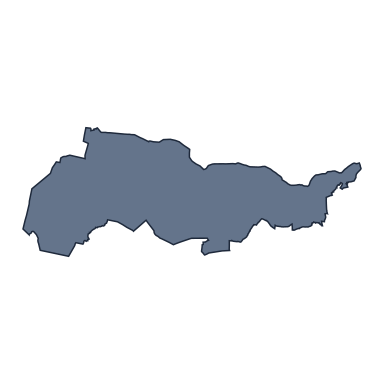 outline of Pischia, Timis, Romania
{"feature_id": "2599482B13356223768188", "entity_name": "Pischia", "entity_type": "district", "adm_level": 2, "iso_a3": "ROU", "parent_name": "Romania", "parent_adm1": "Timis", "projection": "equal_earth", "projection_center": [21.424, 45.908], "detail": "fine", "context": "isolated", "style": "filled", "palette": "slate", "viewbox_px": 384, "rotation_deg": 0, "n_neighbors": 0, "source": "geoboundaries", "source_scale": "gbopen_adm2", "svg_char_len": 5928}
<svg xmlns="http://www.w3.org/2000/svg" viewBox="0 0 384 384"><path d="M311.7,225.4L311.9,224.7L311.7,224.3L312.1,223.9L311.9,223.4L312.0,223.0L312.4,222.8L312.7,222.9L313.7,222.6L313.8,222.5L313.8,222.1L314.3,222.3L315.2,222.4L315.3,222.6L315.3,222.9L315.6,223.1L316.7,222.5L317.4,222.6L317.7,222.8L318.1,222.8L318.8,222.7L318.7,223.1L319.7,223.5L319.9,224.1L320.4,224.2L320.3,224.5L320.5,224.7L321.0,224.7L321.3,225.0L321.8,225.2L321.9,225.8L322.5,225.8L321.9,223.5L321.6,221.3L324.4,221.7L324.5,220.7L324.7,219.8L325.2,219.0L325.5,218.0L325.7,217.3L325.6,216.3L325.3,215.2L325.1,213.8L327.2,213.5L327.4,213.6L326.9,211.7L326.8,210.3L326.6,209.7L326.3,203.2L326.3,202.2L326.2,200.9L326.3,198.4L326.2,197.4L330.9,195.4L331.5,195.5L332.2,195.2L331.9,194.7L332.0,194.2L331.5,193.4L331.4,192.9L332.1,192.4L332.3,192.6L332.8,192.0L333.3,192.0L333.1,191.6L333.2,191.2L333.9,191.1L334.3,190.2L334.7,190.0L335.7,189.0L336.3,187.7L336.8,187.7L336.5,187.2L337.2,186.1L337.2,185.8L338.4,184.9L339.0,185.2L339.3,185.1L339.3,184.9L338.9,184.7L339.9,184.4L339.9,184.0L340.3,183.7L340.3,183.3L340.8,182.6L341.8,183.1L342.4,183.7L342.4,183.9L341.6,185.9L340.2,187.9L342.2,189.2L342.5,189.0L342.8,188.5L343.4,188.0L347.8,187.1L347.6,186.3L346.8,184.6L347.4,184.1L347.3,183.7L346.3,183.6L346.9,183.0L346.8,182.5L348.2,182.5L348.3,182.0L351.0,181.8L354.1,180.9L355.6,178.1L355.9,177.7L355.9,176.1L356.1,175.1L356.5,173.9L357.9,172.2L360.4,169.7L360.9,168.9L361.0,168.5L360.3,166.3L360.2,165.4L359.3,163.0L356.9,163.7L355.9,163.6L355.0,163.3L354.1,163.1L352.6,163.7L348.4,166.5L346.3,168.3L345.0,169.2L343.7,170.5L342.9,171.5L341.5,172.8L339.3,172.9L338.1,172.3L334.9,171.0L332.7,171.1L331.1,171.5L328.0,171.7L327.5,171.9L326.0,173.4L325.3,173.7L322.2,173.8L318.1,174.8L316.5,174.9L315.9,175.0L314.5,176.0L312.1,178.6L310.9,180.6L310.5,181.1L309.2,184.9L308.5,185.7L307.5,186.4L306.6,186.1L304.5,186.0L303.1,185.6L301.9,184.8L300.8,185.1L299.9,184.6L299.6,184.6L297.8,184.8L296.4,185.1L293.9,185.3L291.1,185.3L289.6,184.8L289.2,184.5L288.0,183.9L286.3,182.4L284.6,181.4L283.5,180.6L282.3,180.0L282.0,179.6L282.0,179.1L281.9,178.3L280.9,176.8L280.0,176.1L277.9,174.7L275.7,172.8L273.1,171.2L270.5,169.1L265.0,166.4L262.7,166.5L260.8,166.9L258.3,167.1L250.1,166.8L248.6,166.4L246.1,165.3L244.2,165.0L241.4,164.1L240.7,163.7L239.4,163.4L238.7,163.0L237.6,163.0L235.5,163.9L232.8,163.6L225.6,163.9L223.2,163.8L214.1,163.9L212.4,164.1L208.5,165.5L208.0,166.0L206.6,168.1L206.0,168.7L204.8,169.2L203.8,169.5L203.6,169.5L202.7,168.4L202.5,168.5L202.0,167.9L200.1,166.0L196.1,164.0L192.7,161.6L191.7,160.7L189.4,157.2L189.4,153.0L189.7,149.5L189.6,149.3L183.8,145.4L180.2,142.6L179.2,141.8L175.3,140.4L170.3,139.3L163.4,139.6L159.2,142.2L153.5,141.8L150.0,141.0L148.9,141.2L148.7,141.7L142.7,138.7L139.9,137.5L134.9,134.9L134.1,134.7L131.2,134.6L129.7,134.3L127.7,134.3L124.5,134.1L110.4,132.8L107.3,132.7L105.6,132.4L101.4,132.4L101.0,132.2L100.2,131.4L98.6,129.4L97.3,127.9L97.1,127.9L96.2,128.9L95.9,128.6L93.8,129.2L94.0,130.0L90.9,130.7L90.9,129.0L90.7,128.5L90.5,128.2L85.9,127.7L84.4,135.1L83.4,141.2L88.3,143.4L87.7,145.8L85.3,154.2L85.0,155.4L85.1,158.7L69.8,155.2L66.9,156.0L66.0,156.5L65.3,156.4L64.1,156.5L63.3,156.6L62.7,156.9L60.9,157.9L60.5,159.2L60.3,160.7L59.9,162.5L56.3,161.9L54.3,165.0L52.4,167.7L50.4,173.4L31.9,188.8L29.4,201.0L29.2,204.0L26.5,215.5L25.2,220.0L23.0,229.0L29.1,234.8L29.1,234.5L29.6,234.0L31.3,232.9L31.7,231.7L32.5,231.4L33.6,231.5L36.4,234.6L38.2,238.3L37.9,240.1L37.9,241.0L38.2,242.5L38.6,243.5L40.2,250.3L68.6,256.3L74.5,246.0L74.8,245.3L75.2,243.8L75.9,242.7L82.9,244.1L83.1,244.0L83.6,242.8L83.9,241.3L84.5,240.6L85.1,240.5L86.2,241.3L86.7,240.9L87.8,240.7L87.6,239.8L87.7,239.4L88.2,239.2L88.7,239.3L89.1,239.1L88.7,238.2L88.1,237.5L88.0,236.9L87.8,236.1L87.9,235.7L88.2,233.9L89.1,233.6L89.5,233.1L89.5,232.8L89.8,233.0L90.5,232.4L90.3,232.2L90.7,231.7L92.0,230.4L93.8,229.1L94.6,228.9L95.5,228.0L95.6,227.4L97.2,227.7L97.5,227.2L97.8,227.0L98.4,227.0L99.4,226.6L100.3,226.7L100.6,226.6L101.7,226.2L102.3,225.7L103.3,226.0L104.3,225.6L104.7,225.2L104.6,224.6L104.8,224.2L105.2,224.1L105.7,223.5L106.5,223.2L106.6,222.7L107.1,221.8L107.6,219.8L117.5,221.8L122.6,224.6L126.8,227.3L132.3,230.2L133.4,231.0L133.5,231.2L146.1,220.2L147.6,222.4L153.8,230.5L154.0,231.0L154.1,232.3L154.5,233.5L154.9,234.1L156.1,235.4L158.0,236.4L160.1,238.2L161.5,238.7L169.2,242.4L173.4,244.7L176.6,243.4L180.4,242.0L190.4,238.6L191.7,238.3L207.2,238.2L208.5,240.3L208.1,240.4L207.1,240.9L205.4,242.0L203.1,242.2L203.2,242.8L203.2,244.5L202.2,244.8L202.2,245.1L202.1,246.9L201.8,249.3L201.6,250.4L201.6,251.6L203.0,253.0L204.3,254.7L204.7,255.0L207.0,254.0L208.8,253.0L222.2,250.9L229.6,250.5L229.2,249.4L229.3,245.8L229.3,240.7L231.6,240.9L231.8,240.8L231.9,240.5L232.1,240.6L232.6,241.0L233.0,241.2L237.2,241.7L237.8,241.4L240.3,242.1L240.9,242.0L241.6,241.2L243.1,239.2L243.9,238.9L245.1,238.1L246.6,236.9L247.1,235.9L247.5,235.4L247.9,234.8L247.8,234.6L247.9,234.0L248.3,233.6L248.9,232.7L249.1,232.1L249.6,231.3L250.0,231.1L249.9,230.5L250.3,230.1L250.3,229.6L251.0,228.8L251.2,228.6L251.4,228.1L251.9,227.6L252.1,227.0L253.1,225.7L253.5,225.4L253.4,225.4L253.8,224.7L255.9,224.8L256.5,225.0L256.8,224.3L257.7,223.3L258.2,222.6L258.2,222.4L259.2,221.8L259.7,221.0L259.9,220.9L260.8,219.6L261.9,218.7L264.3,219.7L265.7,220.5L266.2,220.4L266.5,220.5L266.6,220.9L267.5,221.3L268.1,222.1L269.7,224.2L269.9,224.6L270.8,225.9L272.7,227.4L274.7,228.7L275.2,225.3L275.9,225.8L277.0,226.1L279.7,226.5L280.5,226.5L281.4,226.8L283.6,226.9L284.4,226.8L287.9,226.7L289.1,226.2L290.3,225.2L292.0,224.1L292.3,227.2L292.3,230.0L292.9,230.1L293.3,229.9L293.7,230.2L294.0,230.2L295.1,229.8L296.4,229.1L297.2,228.9L297.6,228.7L298.9,228.4L299.1,228.6L299.4,228.4L299.6,228.4L299.8,228.0L302.4,226.9L303.4,226.8L305.3,227.0L306.3,226.9L308.2,227.0L309.1,226.5L310.1,226.3L311.7,225.4Z" fill="#64748b" stroke="#1e293b" stroke-width="1.5"/></svg>